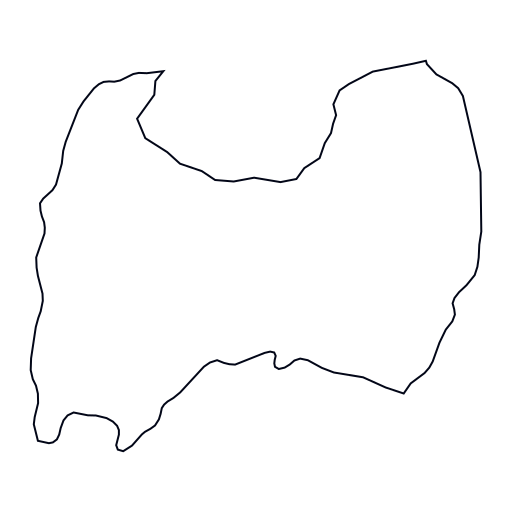 the Prefecture of Toyama
{"feature_id": "JPN-1846", "entity_name": "Toyama", "entity_type": "Prefecture", "adm_level": 1, "iso_a3": "JPN", "parent_name": "Japan", "parent_adm1": "", "projection": "robinson", "projection_center": [137.15, 36.624], "detail": "fine", "context": "isolated", "style": "outline", "palette": "ink", "viewbox_px": 512, "rotation_deg": 0, "n_neighbors": 0, "source": "natural_earth", "source_scale": "10m", "svg_char_len": 1800}
<svg xmlns="http://www.w3.org/2000/svg" viewBox="0 0 512 512"><path d="M163.3,71.2L155.4,81.0L154.3,94.8L137.1,118.7L145.3,138.2L167.2,152.1L180.0,163.7L201.8,171.1L215.1,180.0L233.7,181.5L254.1,177.7L280.5,182.1L296.4,179.0L304.3,168.1L319.6,158.1L324.8,143.1L331.0,133.1L333.1,123.7L336.1,115.2L333.4,104.3L339.6,90.4L349.0,84.0L372.8,71.6L413.1,63.7L425.9,60.8L426.9,64.1L436.4,74.4L452.2,83.2L458.2,88.2L462.9,96.0L480.5,172.2L481.3,231.6L479.3,244.6L478.7,257.6L477.4,266.8L474.7,275.1L466.5,285.2L459.1,292.1L454.5,298.0L452.6,303.3L454.2,309.3L454.9,314.6L452.3,321.4L445.8,329.6L439.5,342.6L432.7,361.5L429.3,367.6L424.6,373.0L410.7,383.4L403.7,393.5L385.7,387.5L363.1,377.3L333.9,372.5L321.9,367.9L307.8,360.2L300.2,358.6L294.4,360.5L289.8,364.5L284.7,367.6L278.8,369.0L275.0,366.8L274.3,363.4L274.7,359.9L275.7,355.9L274.2,352.5L270.2,351.6L264.6,352.9L235.1,364.6L229.3,364.2L223.9,362.9L217.1,360.2L210.0,362.5L203.9,366.7L180.2,392.4L173.5,397.9L167.6,401.5L164.1,404.6L161.8,408.1L160.6,413.9L158.9,419.4L155.0,425.5L150.4,428.8L145.0,431.8L141.9,434.4L132.0,445.6L123.2,451.2L117.8,449.6L116.2,445.2L118.9,434.6L118.9,430.1L117.1,425.8L112.9,421.6L106.6,418.1L95.9,415.5L87.8,415.3L73.6,412.5L67.6,415.4L63.5,420.4L60.7,428.0L59.2,434.6L56.9,439.4L52.9,442.4L48.9,443.2L37.9,440.8L33.8,424.3L34.7,417.1L38.1,403.1L37.9,393.7L36.0,385.7L32.8,379.2L30.7,370.1L31.1,358.3L35.8,327.0L38.3,317.9L40.7,311.3L42.8,300.9L42.5,293.6L37.9,275.8L36.6,267.6L36.2,257.5L44.5,233.5L44.8,227.7L44.1,222.2L41.9,216.4L40.5,210.6L40.0,203.3L43.2,198.6L52.5,190.1L56.0,184.6L61.8,163.5L63.2,150.9L65.7,141.8L78.2,109.8L83.6,101.3L94.0,88.3L98.9,84.2L103.6,81.9L109.1,81.4L114.3,81.7L120.1,80.5L133.3,74.0L138.9,72.9L146.8,73.2L162.5,71.3L163.3,71.2Z" fill="none" stroke="#020617" stroke-width="2"/></svg>